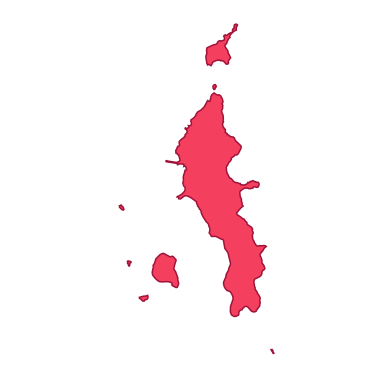 Ko Si Chang, Thailand, rotated 177°
{"feature_id": "78962969B51013887966956", "entity_name": "Ko Si Chang", "entity_type": "district", "adm_level": 2, "iso_a3": "THA", "parent_name": "Thailand", "parent_adm1": "", "projection": "orthographic", "projection_center": [100.809, 13.149], "detail": "fine", "context": "isolated", "style": "filled", "palette": "rose", "viewbox_px": 384, "rotation_deg": 177, "n_neighbors": 0, "source": "geoboundaries", "source_scale": "gbopen_adm2", "svg_char_len": 6102}
<svg xmlns="http://www.w3.org/2000/svg" viewBox="0 0 384 384"><g transform="rotate(177 192 192)"><path d="M160.0,70.4L159.0,67.2L156.5,65.5L154.8,65.5L152.3,66.4L151.6,67.4L151.7,68.4L151.4,69.5L150.0,71.5L148.2,71.7L147.6,73.1L146.2,73.9L145.8,74.6L145.1,75.0L143.5,74.9L142.3,74.2L139.0,70.0L137.4,69.1L136.3,69.0L134.9,69.2L134.0,69.8L133.7,70.7L130.5,74.4L129.7,78.0L130.0,80.4L129.5,82.3L129.6,83.2L130.9,85.9L131.8,87.1L132.3,88.9L134.1,91.7L134.0,93.4L134.7,95.0L134.5,96.3L134.9,97.4L135.0,99.1L134.2,101.3L133.6,101.9L128.8,103.9L127.4,105.1L126.5,106.6L126.4,108.4L125.6,109.7L123.4,111.2L123.3,112.3L124.1,114.9L125.9,117.7L125.7,120.1L126.6,123.4L127.2,124.3L127.4,125.6L127.1,126.7L125.4,128.4L125.3,129.1L124.4,129.5L122.9,132.0L120.7,133.7L121.6,134.5L122.9,134.8L125.7,134.6L126.8,134.9L129.7,134.6L130.6,135.2L131.4,136.8L132.3,137.8L132.3,138.8L133.8,141.7L134.0,145.8L133.0,147.9L133.1,148.7L133.8,149.9L133.5,151.3L133.6,152.7L134.5,153.2L134.6,153.8L137.2,155.8L137.7,155.9L138.7,157.4L138.9,159.0L139.8,159.6L141.4,162.2L142.9,162.7L143.8,163.8L148.0,167.0L148.5,168.0L148.4,169.1L147.4,169.7L147.0,170.5L143.6,173.9L141.7,175.2L142.8,177.3L142.5,178.6L143.1,180.1L143.0,182.2L144.1,185.0L144.3,188.8L143.9,190.2L141.5,192.0L139.0,193.1L136.5,193.0L135.1,192.4L133.5,192.3L131.2,192.6L130.0,193.9L129.0,193.9L127.4,193.3L125.8,193.4L124.9,195.0L124.5,196.5L125.2,198.1L127.4,198.5L127.9,199.0L128.4,198.8L130.5,200.2L130.9,199.9L132.3,199.6L132.5,199.2L133.3,199.5L134.7,198.2L135.6,198.7L136.6,197.3L139.1,196.2L139.6,196.4L140.1,196.1L143.2,197.0L143.4,198.0L144.6,198.1L146.5,199.0L148.2,199.2L150.2,200.7L152.1,203.4L153.6,204.0L155.3,207.7L156.2,209.9L156.4,211.7L156.4,215.1L155.7,216.4L155.1,216.7L154.6,218.0L153.3,219.9L152.2,220.7L151.0,222.5L150.9,224.0L148.3,225.4L147.4,226.6L145.1,226.7L143.8,227.8L140.9,232.8L140.5,234.4L140.7,235.5L145.8,241.0L146.4,241.9L146.7,243.6L147.6,244.2L147.8,244.7L150.6,245.2L150.9,245.7L151.9,246.1L152.4,247.0L153.9,247.5L153.9,248.6L155.7,249.7L155.4,251.3L155.5,252.9L156.3,253.3L156.9,254.8L157.5,255.3L158.0,258.3L156.9,260.4L156.9,260.8L157.3,261.2L156.9,262.8L156.9,266.3L157.2,268.0L157.8,268.9L158.2,271.5L156.9,274.3L157.1,275.5L156.6,276.7L157.5,278.5L156.4,279.9L156.4,281.4L157.1,284.0L158.4,286.6L160.1,287.7L161.3,287.4L163.6,288.7L164.7,289.8L166.8,288.4L167.9,286.8L168.2,286.0L168.3,284.6L169.0,283.5L169.2,281.8L169.9,281.5L171.6,282.5L175.4,276.3L178.8,273.3L182.1,271.7L183.7,269.7L184.2,268.5L185.4,266.8L186.8,265.6L189.2,264.1L189.5,262.6L189.0,261.7L189.0,260.3L189.7,258.7L190.9,258.1L192.1,258.5L191.7,257.0L193.6,255.5L195.2,256.4L195.6,256.0L195.4,255.2L194.2,254.6L193.8,253.2L193.8,251.5L195.8,249.7L196.2,248.0L196.8,247.6L197.0,246.9L199.2,245.7L202.0,243.3L202.3,241.9L202.0,239.6L202.3,239.0L203.0,238.5L203.7,238.4L204.4,237.5L204.9,236.0L206.0,234.5L206.0,231.7L205.3,231.7L204.6,230.9L204.6,230.2L203.4,229.7L202.4,225.0L202.7,223.5L205.7,222.3L214.7,224.2L215.6,224.7L216.2,224.6L216.4,224.0L216.2,223.6L205.2,221.3L204.9,221.2L205.2,220.5L205.1,220.0L202.6,220.8L198.9,220.1L198.5,219.3L198.9,217.9L197.8,218.2L197.1,217.8L196.5,216.3L196.4,214.5L197.6,214.2L197.9,213.9L198.5,211.4L199.4,209.6L200.0,207.0L199.9,203.9L200.7,201.6L200.0,198.6L198.5,196.5L199.2,193.3L202.3,190.4L205.7,188.5L206.8,188.4L207.2,187.8L206.5,187.7L205.8,187.1L205.6,185.9L203.8,185.7L199.7,188.5L198.5,188.6L196.2,188.0L192.9,186.0L188.1,182.0L187.9,180.0L187.2,179.2L187.2,177.7L186.0,176.3L185.3,174.3L184.4,173.7L183.7,172.1L184.0,171.7L183.6,169.8L182.0,166.1L179.2,161.3L178.1,160.3L177.3,159.1L176.9,156.8L176.3,155.5L176.1,153.2L177.0,150.2L176.7,149.5L175.8,148.9L175.1,146.8L174.5,146.5L171.0,146.5L168.3,145.3L166.9,144.2L163.4,142.7L163.1,142.0L162.2,134.0L159.3,129.5L157.3,118.8L157.4,117.6L158.8,114.9L159.8,111.8L162.1,108.0L162.8,105.1L165.1,100.5L165.3,98.8L164.8,96.0L163.9,94.0L162.0,91.6L160.9,91.4L159.1,90.4L158.1,89.0L156.8,85.9L156.5,83.1L159.5,75.8L160.0,70.4ZM221.8,103.8L219.3,103.4L217.7,102.6L216.8,101.9L216.6,101.3L217.0,100.2L216.2,99.3L212.9,97.4L211.7,97.6L210.3,100.5L210.1,101.6L210.8,104.7L210.7,107.1L212.6,113.4L214.3,116.0L212.7,121.5L211.6,124.0L211.5,125.2L214.2,128.5L215.4,128.9L217.2,128.4L217.7,128.6L223.0,131.9L224.3,132.3L227.0,131.3L231.6,127.1L232.8,123.7L233.8,121.8L234.7,120.8L234.5,119.3L235.9,114.2L235.9,112.4L235.4,110.7L233.4,107.9L230.9,105.3L229.4,104.3L226.9,103.8L221.8,103.8ZM168.3,318.5L166.4,317.1L165.3,318.8L165.0,319.8L163.8,320.9L161.8,321.8L159.2,322.3L157.2,322.2L156.7,321.5L155.5,321.7L153.6,320.9L151.0,317.8L149.4,318.0L149.1,318.3L148.7,319.2L149.1,320.1L148.1,322.0L146.4,323.9L147.8,327.5L148.5,328.4L148.8,331.1L151.1,334.9L151.4,336.8L150.8,337.8L150.1,338.0L149.5,338.7L149.1,340.2L147.1,343.6L146.0,344.2L146.2,345.1L146.0,346.1L144.6,347.9L141.6,350.4L139.3,351.3L139.3,353.7L138.9,354.1L138.9,354.8L138.0,355.7L137.9,356.6L139.0,357.4L140.7,356.9L141.3,355.6L141.3,353.6L142.9,352.4L143.3,349.8L144.2,348.8L145.2,348.9L146.4,348.4L149.4,346.5L150.1,346.6L150.6,347.2L151.8,346.5L152.2,345.9L151.6,344.8L151.6,342.9L152.2,341.9L155.5,341.2L156.0,341.7L157.1,341.5L158.6,340.4L158.8,339.5L159.3,339.0L160.4,338.2L162.9,337.8L169.4,335.3L170.0,333.6L170.0,329.1L170.8,327.7L171.1,326.3L170.4,319.4L169.6,318.0L169.0,318.5L168.3,318.5ZM246.9,85.6L245.4,85.6L245.0,86.5L242.5,87.2L241.9,87.8L241.4,89.5L241.7,91.1L243.0,90.6L245.7,90.5L250.1,89.6L250.2,88.9L249.5,88.1L248.7,87.7L246.9,85.6ZM265.2,182.1L265.2,180.6L264.2,179.4L262.5,177.7L261.3,177.6L260.9,178.1L261.4,180.2L261.7,180.7L262.8,181.7L263.2,182.6L263.9,182.6L264.3,182.1L265.2,182.1ZM165.3,294.0L164.6,293.2L163.8,293.4L163.0,295.4L162.2,295.8L162.7,297.5L163.4,298.1L164.8,297.6L165.4,296.8L165.6,295.8L165.3,294.0ZM259.4,126.5L260.1,126.2L259.9,125.3L260.1,123.9L259.3,123.2L259.2,121.6L258.6,121.3L258.1,121.8L257.8,124.2L256.6,124.7L256.5,125.3L257.2,125.9L259.4,126.5ZM120.8,29.1L120.2,28.4L119.5,26.7L118.8,26.6L118.9,27.5L119.9,28.6L119.6,29.4L120.1,29.4L120.1,30.1L120.4,30.6L121.3,30.5L120.8,29.1Z" fill="#f43f5e" stroke="#9f1239" stroke-width="1.5"/></g></svg>